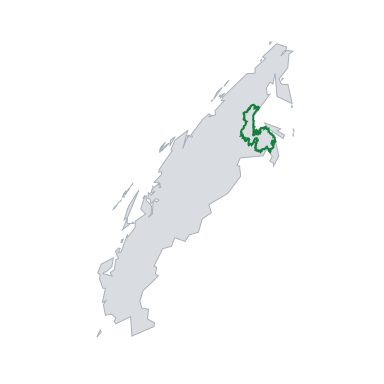 Khabarovsk on a map of Russia (Robinson projection), rotated 308°
{"feature_id": "RUS-2614", "entity_name": "Khabarovsk", "entity_type": "Territory", "adm_level": 1, "iso_a3": "RUS", "parent_name": "Russia", "parent_adm1": "", "projection": "robinson", "projection_center": [136.924, 54.6], "detail": "fine", "context": "in_parent", "style": "outline", "palette": "green", "viewbox_px": 384, "rotation_deg": 308, "n_neighbors": 0, "source": "natural_earth", "source_scale": "10m", "svg_char_len": 9446}
<svg xmlns="http://www.w3.org/2000/svg" viewBox="0 0 384 384"><g transform="rotate(308 192 192)"><path d="M274.0,238.1L262.7,240.4L264.8,238.5L264.2,234.2L269.3,233.3L273.1,224.2L264.4,225.8L248.6,209.0L240.6,211.2L241.7,213.5L234.5,220.6L213.2,221.1L192.6,213.1L187.6,219.9L177.0,216.7L164.3,221.8L156.6,216.3L148.7,216.9L145.4,206.5L136.7,209.3L129.2,203.8L110.3,207.7L110.9,210.6L104.9,213.6L105.3,217.2L83.8,214.2L74.0,218.1L69.6,223.8L72.8,229.9L64.6,235.0L65.8,243.0L62.5,244.8L41.5,233.3L56.0,220.4L41.4,213.1L42.0,210.5L46.0,209.4L46.0,203.3L41.5,199.7L48.6,191.6L53.4,191.1L49.7,189.5L62.7,183.1L61.3,181.0L66.6,172.7L70.2,170.7L70.1,167.6L79.3,164.9L91.7,170.6L83.7,174.8L76.5,173.6L74.7,172.2L72.8,172.0L76.6,180.7L78.2,177.1L82.8,178.7L91.7,173.7L94.4,175.0L98.2,168.2L102.8,168.7L103.1,170.3L98.8,171.4L100.7,173.0L119.0,167.3L116.6,169.2L129.2,169.0L134.0,165.2L146.2,169.0L146.9,162.1L158.9,157.7L160.9,158.3L157.3,161.2L156.2,168.6L149.7,173.3L144.9,173.0L150.1,174.4L159.7,167.7L162.4,167.4L162.2,170.4L165.3,170.9L164.6,167.6L157.5,166.8L160.6,163.4L159.5,161.3L164.7,158.0L164.2,161.7L168.5,162.5L169.9,162.5L165.7,160.2L170.9,159.0L178.5,160.6L175.3,163.3L176.4,164.5L179.3,160.7L176.3,156.2L186.8,157.3L189.3,155.6L187.1,153.6L189.9,152.3L212.7,150.9L212.2,149.4L222.3,146.7L237.9,150.7L220.2,158.1L230.3,155.1L235.3,155.3L234.8,157.9L235.0,158.3L235.7,158.4L236.9,156.1L255.9,155.7L264.0,157.3L264.2,159.7L261.4,158.9L267.2,163.0L270.4,160.1L284.0,161.2L282.4,159.1L285.4,157.8L319.1,162.5L324.4,168.5L328.2,165.5L342.8,167.8L341.8,164.5L360.9,167.4L364.5,177.4L361.9,178.6L358.3,177.4L353.9,178.4L361.6,179.3L365.1,184.8L360.4,183.5L348.7,191.1L334.7,190.9L331.9,196.3L335.8,201.4L323.3,216.4L319.6,200.2L336.8,184.3L326.9,189.3L326.6,185.9L320.0,186.5L314.9,191.4L317.0,193.2L289.1,193.8L274.5,205.3L288.2,209.7L285.7,223.7L274.0,238.1ZM160.8,148.9L132.5,156.8L128.2,155.7L141.6,150.8L160.8,148.9ZM291.2,206.6L296.3,223.1L292.5,221.5L293.9,229.7L290.4,231.0L288.9,212.7L291.2,206.6ZM119.9,160.5L131.9,157.0L127.4,160.1L129.4,163.0L119.9,160.5ZM278.3,152.0L286.2,150.2L293.1,151.5L278.3,152.0ZM209.7,141.5L216.6,144.0L205.8,142.8L209.7,141.5ZM208.1,139.8L215.0,140.4L204.3,141.0L208.1,139.8ZM219.8,143.1L225.3,144.8L214.6,146.0L219.8,143.1ZM294.6,152.3L298.6,151.8L302.9,152.4L294.6,152.3ZM18.9,206.4L26.6,204.7L25.7,206.7L18.9,206.4ZM135.6,140.8L140.2,140.5L131.1,141.1L135.6,140.8ZM285.8,155.4L290.2,156.9L283.3,156.5L285.8,155.4ZM112.5,166.8L109.1,168.0L108.5,167.2L110.7,166.0L112.5,166.8ZM144.3,140.2L148.6,139.9L150.1,140.3L144.3,140.2ZM157.4,140.2L154.8,140.9L152.2,140.7L153.5,140.2L157.4,140.2ZM161.1,140.3L158.0,140.2L162.9,140.0L161.1,140.3ZM131.6,163.6L131.5,165.5L130.1,164.1L131.6,163.6ZM207.5,141.9L204.5,142.4L203.1,141.7L207.5,141.9ZM147.6,139.4L152.8,139.2L150.4,139.7L147.6,139.4ZM358.9,162.4L356.3,162.1L358.3,161.0L358.9,162.4ZM132.4,140.3L135.2,140.6L129.0,140.6L132.4,140.3ZM159.5,157.1L156.3,157.3L159.6,157.0L159.5,157.1ZM233.9,153.8L234.9,154.9L232.8,154.3L233.9,153.8ZM340.0,165.1L338.1,165.6L336.9,165.2L340.0,165.1ZM150.3,141.1L148.3,140.8L151.7,141.1L150.3,141.1ZM151.3,139.7L152.2,140.2L149.8,139.9L151.3,139.7ZM304.2,232.6L303.7,233.8L301.9,235.5L304.2,232.6ZM146.5,141.1L147.5,141.5L145.5,141.5L146.5,141.1ZM170.8,158.8L168.3,159.3L167.8,159.2L170.8,158.8ZM337.2,194.1L335.3,193.7L336.9,193.1L337.2,194.1ZM285.5,154.5L284.6,155.3L284.0,154.7L285.5,154.5ZM279.7,204.3L280.0,205.8L279.0,205.5L279.7,204.3ZM321.9,216.9L320.5,219.0L320.0,218.4L321.9,216.9ZM142.8,141.2L140.6,141.4L140.1,141.2L142.8,141.2ZM173.1,157.3L172.1,158.1L171.8,157.9L173.1,157.3ZM277.0,151.4L275.7,151.8L276.1,150.8L277.0,151.4ZM298.6,237.0L301.1,235.4L298.6,237.4L298.6,237.0Z" fill="#d9dde1" stroke="#a8b0b8" stroke-width="1"/><path d="M273.2,224.2L272.4,223.9L273.3,223.9L273.6,223.7L273.8,223.2L272.8,223.2L272.4,222.8L272.1,223.0L271.4,223.1L271.0,222.8L270.0,222.6L269.7,221.5L268.8,221.4L268.7,221.0L267.9,221.2L267.9,220.9L267.3,220.6L267.0,221.0L266.9,221.4L266.5,221.1L265.7,221.4L265.8,220.8L265.8,220.3L265.5,220.0L265.8,219.9L265.9,219.4L265.4,219.2L265.8,218.7L265.4,218.1L265.2,218.2L265.0,217.9L264.6,218.0L264.5,217.8L264.8,217.5L264.6,217.2L264.2,217.2L264.2,217.4L264.5,216.6L264.3,216.3L264.7,216.2L265.0,215.6L265.3,215.6L265.6,215.2L266.0,215.3L265.8,214.3L267.8,214.0L268.1,213.8L268.1,213.5L268.3,213.6L268.5,213.2L269.1,212.9L269.9,213.0L270.4,212.7L270.0,212.1L270.1,211.9L270.0,211.6L271.4,211.9L273.1,212.2L273.2,211.8L273.5,211.6L273.2,211.4L273.3,211.3L273.1,211.1L273.3,210.9L273.2,210.7L273.7,210.4L273.7,210.0L273.9,209.9L273.6,209.6L273.8,209.4L273.0,208.8L272.8,208.9L272.7,209.1L271.8,209.3L270.8,209.0L270.0,209.4L269.9,209.7L267.5,209.9L267.3,210.2L267.0,210.2L267.0,209.9L266.1,209.9L266.3,209.7L266.0,208.4L265.3,208.3L264.9,208.4L263.8,208.0L264.1,207.4L264.6,206.9L265.4,206.8L265.7,206.2L267.4,205.2L267.4,204.9L267.6,204.7L268.3,204.7L268.2,204.3L268.8,204.3L269.0,204.1L269.0,203.8L269.6,203.8L269.1,203.7L268.9,203.5L268.9,203.3L268.7,203.0L268.4,202.9L267.1,203.2L265.5,203.2L265.1,203.0L265.0,202.4L265.3,201.7L265.6,201.5L265.7,200.9L266.1,200.7L266.3,200.9L266.5,200.6L266.8,200.7L266.7,200.8L266.9,200.8L266.8,200.7L266.9,200.3L267.2,200.1L267.1,199.7L266.4,199.2L266.5,199.1L266.1,198.9L265.9,198.9L265.7,198.7L266.1,198.5L266.6,198.6L266.8,198.5L266.8,198.1L267.1,197.9L267.6,197.7L267.8,197.5L267.2,197.0L267.3,196.8L266.9,196.5L266.9,196.4L266.6,196.1L267.1,196.1L267.8,196.5L268.0,196.4L267.8,196.2L268.2,195.9L268.2,195.6L268.0,195.2L268.7,195.2L269.0,194.7L268.9,194.4L269.1,194.1L269.5,194.1L269.7,193.8L269.6,193.7L270.9,193.0L272.2,193.0L273.2,193.3L273.6,193.2L273.9,193.4L274.6,193.4L275.1,192.7L275.8,192.3L276.5,192.6L277.9,192.8L279.4,192.2L279.7,191.7L280.6,191.5L280.6,191.8L281.1,191.8L280.9,191.4L281.1,191.1L281.0,190.3L281.2,189.9L281.0,189.7L281.4,189.1L280.9,188.6L281.0,188.4L281.1,188.0L282.0,187.8L281.9,187.6L282.0,187.4L282.4,187.4L282.8,187.1L283.7,187.0L284.0,186.5L284.5,186.1L284.6,185.7L285.2,185.5L285.3,184.6L285.9,184.5L286.0,184.1L286.8,184.3L286.8,184.5L287.3,184.4L287.8,185.1L288.2,185.4L288.5,185.4L288.5,185.5L289.1,185.4L289.3,185.7L289.6,185.8L289.6,186.0L290.2,185.7L290.8,185.9L291.1,185.4L291.3,185.3L291.6,185.5L292.1,185.5L292.0,185.8L292.2,186.0L292.7,185.6L292.8,186.3L293.4,186.3L294.0,186.0L294.1,185.7L294.4,185.5L294.8,185.4L295.3,185.7L295.9,185.7L296.5,185.5L297.5,185.9L298.3,186.6L298.4,187.1L298.7,187.2L298.6,187.5L298.7,188.0L298.7,188.3L298.2,188.5L298.3,189.0L298.1,189.2L297.4,189.0L296.3,189.7L296.6,189.9L296.5,190.2L296.9,190.4L298.1,190.2L298.3,190.6L298.8,190.7L298.8,191.0L299.0,191.2L299.5,191.1L299.8,191.3L299.9,191.7L299.7,191.8L299.9,192.0L299.8,192.6L299.3,192.7L298.4,192.5L298.2,192.6L298.3,193.2L297.7,193.4L297.2,193.1L297.4,192.6L297.1,192.6L296.8,192.5L295.4,192.7L293.1,192.6L292.2,192.9L291.5,192.7L289.6,193.4L289.1,193.8L288.2,194.8L286.4,195.8L286.0,197.0L285.0,197.3L284.5,198.0L284.1,198.0L283.7,198.5L283.2,198.6L282.6,198.9L282.5,199.3L282.0,199.4L281.9,199.9L281.8,199.7L281.6,199.8L281.2,200.4L280.9,200.5L281.2,200.8L280.8,200.9L280.4,201.1L280.0,201.7L279.4,202.0L279.1,202.2L278.0,203.0L277.2,203.3L276.6,204.0L275.1,204.7L274.4,205.3L274.6,205.7L275.5,205.8L275.7,206.1L277.4,206.0L277.7,205.8L277.7,206.0L278.1,205.9L278.2,206.0L278.1,206.5L277.9,206.5L278.1,206.8L277.9,206.9L278.0,207.3L277.7,207.9L277.8,208.3L278.4,208.1L278.7,208.3L278.9,208.1L279.1,207.6L278.8,207.6L278.6,207.3L279.3,206.8L280.1,206.8L279.5,207.5L279.4,207.3L279.1,207.4L279.2,207.6L279.8,207.8L280.4,207.8L279.8,208.2L279.5,208.7L278.9,208.9L279.2,209.1L280.5,208.9L281.0,208.7L281.3,208.5L281.5,208.0L282.0,207.7L282.0,208.2L281.2,209.2L281.7,209.1L282.1,208.5L282.4,207.7L282.4,207.4L282.1,207.5L282.3,207.0L282.1,206.9L283.6,207.2L284.6,206.9L284.7,207.1L285.6,207.6L285.8,207.8L285.7,208.1L286.4,208.7L287.6,209.2L287.3,209.2L287.2,209.3L288.3,209.7L288.2,209.9L288.3,210.0L288.2,210.4L287.8,210.4L288.0,210.5L287.8,210.6L287.1,210.2L286.7,210.3L287.2,210.5L287.6,210.9L288.0,211.0L287.9,211.2L288.1,211.5L287.7,212.2L288.7,213.0L288.3,213.1L288.2,213.4L288.4,213.6L287.9,213.9L287.7,214.3L287.3,214.5L287.3,214.9L287.1,215.0L287.3,215.1L287.2,215.2L286.8,215.4L286.9,216.2L286.5,216.7L286.3,217.1L286.5,217.4L286.3,217.6L286.6,218.2L286.5,218.7L286.9,218.9L286.3,219.5L286.6,219.8L286.6,220.4L286.4,221.2L286.1,221.2L286.3,221.3L286.2,221.8L285.9,222.0L286.3,222.1L285.9,222.7L285.8,223.6L283.7,225.6L283.2,226.7L282.8,226.5L282.1,226.5L282.3,226.1L282.0,225.9L282.7,225.6L282.7,225.4L282.1,224.9L282.2,224.6L282.4,224.6L282.4,224.4L282.0,224.4L281.9,223.8L281.5,223.7L280.5,224.3L279.5,224.4L279.2,224.7L279.9,225.3L279.5,225.6L280.9,225.9L280.7,226.1L280.9,226.2L281.0,226.4L279.5,227.3L278.6,227.0L278.3,227.4L278.4,227.8L277.5,228.5L276.7,228.6L276.3,228.3L276.0,228.5L275.5,228.2L274.6,228.1L274.8,227.8L274.5,227.5L274.0,227.3L273.8,227.5L273.5,227.4L273.0,227.6L272.7,228.0L272.4,228.8L271.5,229.0L271.6,227.9L272.0,227.5L271.8,227.1L271.9,226.9L272.8,226.5L273.3,225.8L272.8,224.9L273.2,224.2ZM280.4,204.9L281.1,204.8L280.7,205.1L280.6,205.4L280.0,205.9L279.5,205.2L278.9,205.5L279.7,204.3L280.5,204.5L280.4,204.9ZM278.8,204.5L278.6,205.1L277.7,205.1L278.0,204.8L278.8,204.5ZM280.0,206.7L280.5,206.3L280.3,206.6L280.0,206.7ZM279.8,206.1L279.9,206.6L279.7,206.6L279.7,206.2L279.8,206.1ZM283.4,206.1L283.5,206.0L283.4,206.1Z" fill="none" stroke="#15803d" stroke-width="2"/></g></svg>